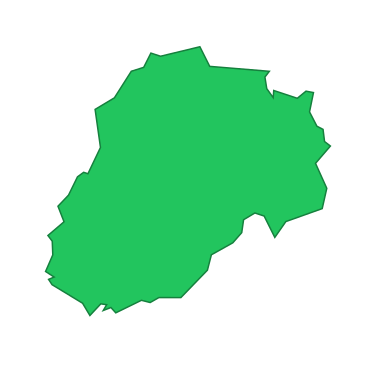 outline of Zelenikovo, Zelenikovo, North Macedonia, rotated 193°
{"feature_id": "65306769B35230400843522", "entity_name": "Zelenikovo", "entity_type": "district", "adm_level": 2, "iso_a3": "MKD", "parent_name": "North Macedonia", "parent_adm1": "Zelenikovo", "projection": "robinson", "projection_center": [21.57, 41.832], "detail": "fine", "context": "isolated", "style": "filled", "palette": "green", "viewbox_px": 384, "rotation_deg": 193, "n_neighbors": 0, "source": "geoboundaries", "source_scale": "gbopen_adm2", "svg_char_len": 853}
<svg xmlns="http://www.w3.org/2000/svg" viewBox="0 0 384 384"><g transform="rotate(193 192 192)"><path d="M297.5,186.4L302.0,186.8L307.0,181.0L311.6,161.2L319.4,148.0L310.0,134.2L322.6,117.2L317.1,112.6L313.5,99.4L316.8,81.6L307.2,78.1L312.1,74.6L307.5,70.2L273.6,59.0L263.7,48.7L255.7,62.5L249.8,63.0L251.8,56.6L245.0,61.2L239.1,57.1L216.9,75.1L207.9,74.9L200.5,81.7L179.1,86.6L159.4,119.3L159.0,135.2L140.8,151.7L134.4,163.6L135.5,176.6L126.0,185.7L116.3,184.8L101.1,166.4L93.9,184.3L61.4,205.1L61.5,225.9L78.1,247.7L67.5,267.9L74.2,271.0L78.4,282.5L85.1,284.2L95.5,296.5L96.0,316.2L103.6,315.9L110.5,307.0L135.2,309.3L134.1,302.2L142.4,309.5L146.8,320.4L143.8,327.0L203.0,318.4L217.0,335.3L253.2,317.2L263.3,318.1L267.1,302.6L278.3,296.0L288.8,266.3L305.0,250.7L291.2,214.8L297.5,186.4Z" fill="#22c55e" stroke="#15803d" stroke-width="1.5"/></g></svg>